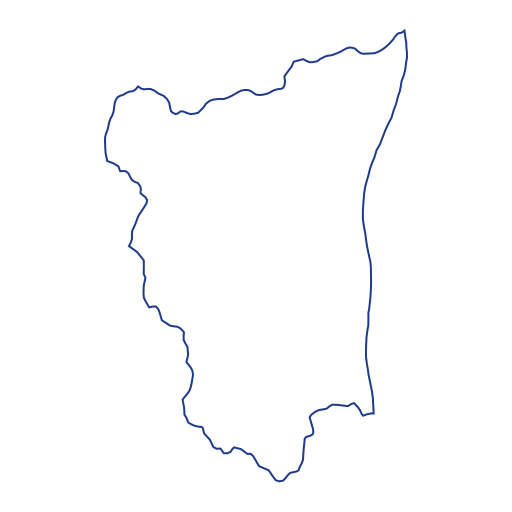 Khop, Xaignabouri, Laos (Equal Earth projection)
{"feature_id": "54806243B3164582254678", "entity_name": "Khop", "entity_type": "district", "adm_level": 2, "iso_a3": "LAO", "parent_name": "Laos", "parent_adm1": "Xaignabouri", "projection": "equal_earth", "projection_center": [100.561, 19.666], "detail": "fine", "context": "isolated", "style": "outline", "palette": "blue", "viewbox_px": 512, "rotation_deg": 0, "n_neighbors": 0, "source": "geoboundaries", "source_scale": "gbopen_adm2", "svg_char_len": 4159}
<svg xmlns="http://www.w3.org/2000/svg" viewBox="0 0 512 512"><path d="M373.6,413.6L373.6,411.5L373.4,408.0L373.1,403.8L372.9,398.6L371.9,391.1L370.6,384.8L369.6,379.8L368.5,374.3L367.8,369.0L367.0,364.7L366.0,356.7L366.0,350.1L366.2,343.9L366.5,337.3L367.5,329.8L368.3,325.8L368.4,319.3L368.4,312.6L369.2,308.6L369.8,303.2L370.4,297.2L370.8,291.2L371.1,282.8L371.0,274.8L370.9,268.0L370.4,261.7L368.8,254.9L368.8,254.6L368.7,254.4L367.2,247.2L366.0,239.4L365.4,234.1L363.9,226.2L362.9,219.3L362.9,210.1L363.5,201.4L364.1,193.7L365.1,187.1L366.3,182.5L368.5,175.0L370.0,168.8L372.2,162.6L374.6,156.9L376.5,150.3L380.0,144.2L382.5,137.6L385.3,130.3L388.5,123.4L391.5,117.7L394.0,109.3L396.0,104.2L398.2,95.7L399.8,91.3L400.9,85.8L401.6,81.0L404.0,74.8L405.3,68.9L406.2,62.1L407.0,57.4L406.9,52.0L406.4,47.4L406.2,42.4L405.4,37.7L405.0,34.6L404.6,32.1L404.4,30.7L403.3,31.6L402.0,32.3L401.0,32.9L399.6,33.0L398.5,33.4L397.5,33.9L396.7,34.7L395.3,36.3L393.5,38.9L393.0,39.6L392.3,40.4L390.5,42.4L388.5,44.5L385.9,46.9L384.4,48.0L381.2,50.2L378.7,51.6L374.9,53.1L372.2,53.4L369.8,53.5L368.4,53.5L367.3,53.6L365.4,53.7L363.5,53.8L361.0,53.3L359.0,52.1L356.9,50.4L356.3,49.7L355.5,49.1L354.8,48.6L353.6,48.1L351.9,47.8L350.5,47.5L349.5,47.6L348.3,47.9L346.6,48.3L344.9,49.2L342.2,50.7L340.3,51.8L338.9,52.4L337.0,53.3L334.4,54.2L332.7,54.9L331.0,55.3L329.7,55.6L328.3,55.6L327.6,55.8L326.9,56.0L324.7,56.7L324.5,56.8L323.6,57.3L320.1,59.0L319.0,59.9L317.7,60.9L316.2,61.5L314.4,61.7L313.1,62.1L310.8,62.2L309.5,62.2L307.8,61.5L305.6,60.5L304.1,59.6L303.0,59.2L293.7,61.7L291.5,66.7L284.4,76.2L285.0,81.0L284.6,85.0L283.3,87.6L282.0,88.6L277.1,89.3L273.9,90.3L268.0,93.4L265.6,94.1L262.3,94.8L259.3,95.0L256.1,94.6L254.6,93.7L250.9,91.1L247.8,90.0L244.2,90.0L240.9,90.7L237.9,92.3L232.5,95.4L229.1,97.1L224.9,98.7L223.0,99.1L219.4,98.9L213.2,99.6L209.6,100.9L205.9,103.8L203.5,107.3L201.6,109.3L198.0,112.9L194.2,113.7L190.8,114.1L186.8,113.0L183.1,111.4L180.5,111.4L177.7,113.5L175.6,114.1L172.4,112.6L171.0,111.1L170.2,108.2L169.2,102.7L167.0,99.1L163.7,95.9L158.4,93.5L154.5,90.7L150.6,89.0L148.2,88.9L144.3,89.3L141.6,88.8L138.0,86.5L135.3,89.8L132.6,91.3L129.5,91.6L126.4,92.9L123.5,94.7L120.6,95.6L117.7,97.1L115.7,100.0L114.6,103.8L114.1,107.7L113.6,111.4L112.3,115.3L110.5,118.6L109.1,122.5L108.4,126.3L107.5,129.9L106.0,133.7L105.1,137.3L105.0,141.3L105.3,149.1L105.6,153.1L106.4,157.1L107.2,161.0L113.1,163.2L118.4,166.3L119.7,170.1L120.3,171.2L122.3,171.1L125.7,171.1L128.3,173.2L131.7,179.8L134.7,181.8L137.7,182.9L139.7,185.6L140.5,186.7L140.8,189.8L140.5,193.3L145.5,197.3L147.1,200.0L147.0,201.1L146.4,203.5L144.0,207.4L141.9,210.6L139.7,213.8L137.9,216.9L136.6,220.6L135.3,224.1L133.6,227.9L132.2,230.9L131.9,235.0L132.0,238.9L130.8,242.7L128.9,246.1L131.6,248.0L137.2,252.1L139.1,254.5L139.4,254.9L142.0,258.1L143.8,260.5L143.8,267.9L143.7,273.7L145.4,278.0L144.5,282.1L143.7,286.2L143.6,290.2L143.5,293.7L143.9,297.8L145.5,301.1L149.2,307.4L152.7,306.5L156.1,306.6L158.5,309.6L159.7,312.9L161.9,320.3L170.2,325.7L173.6,326.3L176.9,326.6L179.7,327.9L182.1,330.0L184.0,332.5L183.6,335.9L183.7,340.0L185.4,343.5L187.4,346.8L188.1,354.2L187.4,358.1L186.4,362.0L190.7,367.5L192.4,370.8L193.0,374.6L192.4,378.7L191.7,382.7L190.9,386.6L189.6,390.4L187.7,393.3L185.1,396.4L182.6,399.5L183.2,403.1L184.0,407.0L184.3,410.5L184.4,414.5L186.6,418.2L188.1,422.4L190.9,424.1L193.9,425.5L196.9,426.4L200.1,426.8L201.5,427.0L202.7,427.8L204.1,433.4L209.8,439.6L213.4,447.1L216.5,448.7L220.5,448.6L223.8,453.2L227.4,453.3L230.5,451.9L232.6,448.8L234.1,447.4L240.9,449.1L247.4,453.9L250.7,453.8L253.2,456.1L257.8,464.0L259.3,466.3L268.7,470.3L273.2,476.9L275.7,480.2L279.1,481.3L283.0,480.7L286.0,477.5L288.2,474.7L290.2,472.9L296.8,471.4L298.6,470.3L299.7,467.0L301.7,463.4L303.0,459.7L303.6,449.9L304.6,440.2L304.7,438.9L306.0,437.0L310.4,435.7L312.4,434.5L313.3,432.9L313.1,429.4L309.6,417.2L311.4,414.7L315.4,411.6L319.2,410.0L323.6,409.3L326.7,408.6L329.4,406.4L332.1,404.7L336.7,404.8L347.9,406.1L351.6,403.9L354.1,403.1L358.1,407.5L360.1,410.4L361.6,413.9L363.1,415.7L366.9,414.3L371.8,413.3L373.6,413.6Z" fill="none" stroke="#1e3a8a" stroke-width="2"/></svg>